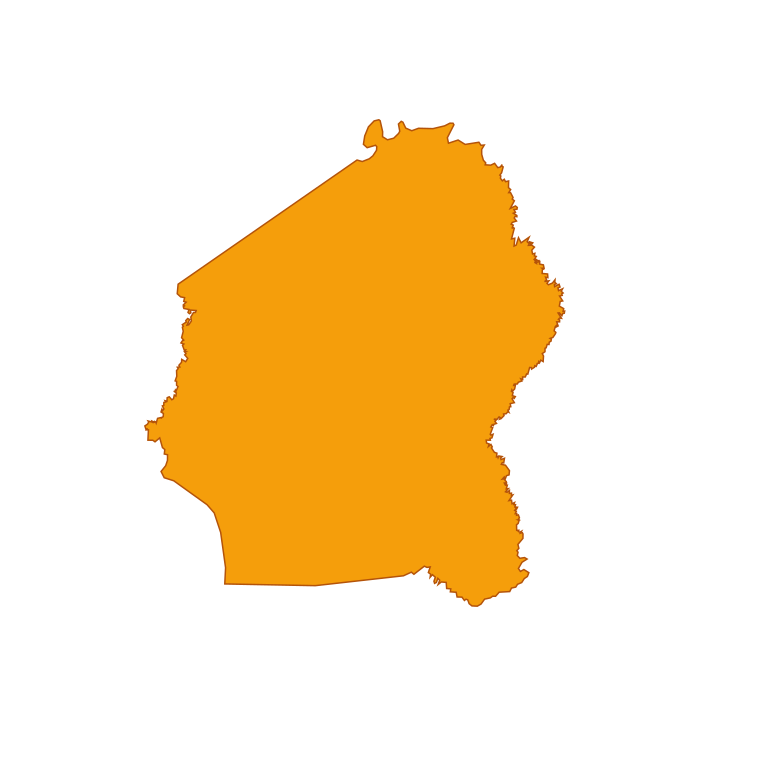 outline of Puerto Rico, Meta, Colombia, rotated 214°
{"feature_id": "7082276B74831898220162", "entity_name": "Puerto Rico", "entity_type": "district", "adm_level": 2, "iso_a3": "COL", "parent_name": "Colombia", "parent_adm1": "Meta", "projection": "natural_earth1", "projection_center": [-73.12, 2.752], "detail": "fine", "context": "isolated", "style": "filled", "palette": "amber", "viewbox_px": 768, "rotation_deg": 214, "n_neighbors": 0, "source": "geoboundaries", "source_scale": "gbopen_adm2", "svg_char_len": 6171}
<svg xmlns="http://www.w3.org/2000/svg" viewBox="0 0 768 768"><g transform="rotate(214 384 384)"><path d="M531.6,554.6L610.5,351.6L605.9,343.2L601.3,342.5L597.6,344.1L596.2,340.5L593.8,341.2L594.6,337.2L593.1,337.2L593.6,335.8L592.1,334.7L587.4,336.7L586.5,333.7L584.6,333.5L583.9,335.0L585.9,337.0L580.8,339.9L580.3,337.9L581.9,336.7L581.6,331.5L578.9,328.5L579.0,323.9L580.2,322.6L581.2,328.8L583.4,328.5L583.8,325.7L582.6,324.8L584.4,320.4L582.6,319.6L582.9,318.3L579.9,315.4L577.7,309.2L573.9,308.2L575.3,307.9L575.3,304.5L572.3,305.2L572.7,303.4L568.7,300.5L567.6,301.3L567.7,300.0L566.3,300.2L567.4,299.2L565.1,298.4L565.5,296.7L561.0,295.5L560.9,291.6L565.5,291.3L564.0,288.8L564.5,284.9L562.8,283.9L564.7,282.3L563.2,281.7L563.5,279.1L560.1,274.5L558.9,269.8L557.4,270.2L555.3,267.0L553.3,266.7L552.5,262.1L553.5,262.4L552.9,261.1L554.3,260.5L551.2,260.5L549.8,257.6L551.7,257.6L550.3,254.1L551.1,252.3L554.9,253.3L556.1,251.4L554.3,248.3L556.2,247.7L554.9,247.0L556.2,245.6L554.6,243.1L555.5,241.9L552.5,240.2L552.7,238.0L554.0,238.8L553.2,236.1L550.4,236.2L548.8,233.5L549.9,230.5L549.9,231.7L552.5,228.9L551.0,224.2L552.1,225.0L553.1,223.8L553.1,225.3L553.7,223.8L555.7,223.5L554.9,222.8L558.9,221.4L557.8,220.9L557.6,218.5L558.8,215.5L556.4,213.6L555.6,214.2L555.5,213.0L553.7,214.3L548.3,205.4L544.2,208.1L541.5,208.0L539.8,213.9L532.1,207.4L529.1,207.1L527.0,203.1L523.9,204.3L520.8,199.6L519.3,194.2L519.9,186.8L513.8,183.4L504.2,186.2L463.2,185.0L452.7,182.2L436.4,169.6L412.6,143.1L404.2,129.2L328.2,178.4L260.6,235.9L256.1,243.3L252.8,243.0L248.7,255.5L245.8,256.0L243.4,258.2L241.8,252.5L239.0,252.4L237.7,249.6L237.2,253.0L233.4,252.5L232.3,248.4L230.6,247.0L229.6,248.8L230.7,253.0L228.1,252.5L227.0,248.1L225.8,251.9L221.5,254.3L217.7,249.5L214.1,251.5L212.8,248.8L207.7,251.7L204.3,248.3L200.2,250.9L196.3,249.5L195.7,251.4L193.9,251.9L190.6,249.5L187.0,249.2L182.4,252.0L180.5,255.8L180.3,261.9L176.2,266.2L175.3,268.8L172.8,270.4L172.1,275.8L163.7,282.2L164.2,286.1L161.2,289.3L161.3,292.6L158.8,296.4L158.9,301.1L157.5,304.6L158.4,308.6L164.3,308.4L166.1,304.9L169.4,306.2L169.9,313.4L167.5,318.9L170.4,318.7L173.9,315.5L177.6,316.3L178.8,319.5L180.7,320.1L180.3,323.2L183.3,325.9L182.5,333.7L184.9,337.4L186.2,338.1L187.5,336.6L187.7,338.7L188.5,337.1L190.2,336.9L190.4,338.1L192.2,336.9L195.4,341.4L194.8,343.4L195.7,346.4L196.9,346.2L196.0,347.0L197.0,347.1L196.9,348.8L199.4,350.6L200.7,349.3L201.5,350.8L202.7,349.9L203.1,352.5L205.0,352.3L204.8,353.7L203.9,353.4L205.2,354.7L204.2,354.9L204.4,356.5L206.8,355.2L207.5,357.5L209.0,356.6L209.5,358.7L210.9,356.3L213.3,359.0L215.2,357.2L215.2,364.0L216.1,362.9L217.3,364.8L218.9,363.4L220.5,365.9L221.4,363.0L223.0,362.6L222.4,366.8L224.0,365.4L225.2,369.1L226.0,368.5L226.8,369.7L227.1,368.2L228.9,369.2L227.2,370.7L228.0,371.4L231.7,372.4L232.7,371.4L232.3,374.2L230.4,373.2L231.2,376.5L229.5,378.6L231.5,382.3L237.9,384.6L241.8,383.0L242.0,385.0L240.6,385.5L242.6,389.8L244.7,386.8L246.0,388.0L245.5,389.9L248.5,388.6L248.2,386.7L249.2,387.5L250.0,386.5L251.7,389.8L254.3,389.1L259.2,391.1L259.1,392.4L261.6,393.7L262.5,390.6L263.3,393.1L265.9,392.4L267.9,394.6L264.4,396.9L265.7,398.1L264.4,399.7L265.5,403.3L266.8,401.4L267.8,401.7L269.5,408.6L271.4,408.1L271.5,410.8L270.1,410.7L270.4,412.0L268.7,414.2L271.1,415.0L270.9,416.6L273.3,416.4L270.5,418.0L270.2,421.1L268.7,421.1L268.5,419.5L267.6,420.7L266.8,424.9L268.1,426.0L266.1,427.7L265.8,430.3L264.7,430.4L266.7,431.6L266.0,432.8L267.2,435.2L266.2,436.1L268.4,438.3L265.5,441.4L269.6,443.4L269.4,444.9L268.0,444.9L268.1,447.0L271.1,446.1L272.3,449.2L274.3,449.2L274.7,450.6L273.5,449.9L272.9,452.9L274.4,456.5L275.7,455.4L276.0,456.7L273.4,458.7L273.7,460.5L271.3,463.7L273.5,464.8L271.6,465.4L273.0,467.3L270.8,468.8L271.4,472.1L270.3,472.6L272.5,479.1L271.1,480.0L270.0,478.9L268.6,482.1L269.2,483.5L267.7,483.7L268.2,486.5L268.9,486.1L267.6,487.5L268.2,489.0L266.9,488.5L267.4,491.4L264.6,491.6L267.4,496.4L269.8,497.7L268.6,500.8L270.5,503.7L269.8,504.7L270.9,508.1L269.3,509.0L270.4,511.1L269.5,512.9L270.3,514.7L271.8,514.7L270.0,517.0L270.0,521.6L270.4,522.9L272.7,523.2L274.1,527.3L273.6,529.9L273.1,527.6L272.1,529.5L275.6,532.1L273.2,533.7L274.2,535.3L275.6,535.2L275.3,536.9L273.6,537.7L279.4,540.2L278.4,541.1L274.7,540.1L275.2,542.4L274.1,543.5L275.0,545.5L276.2,544.4L277.2,547.0L282.2,546.6L284.1,551.0L282.3,552.8L287.7,555.1L285.8,557.1L287.1,558.1L286.4,559.6L288.9,560.0L289.2,562.8L291.5,559.0L293.5,560.9L292.3,562.8L294.6,564.6L297.0,560.1L298.4,561.8L297.2,563.5L299.3,563.9L300.5,566.0L300.8,561.9L303.2,558.2L305.2,558.6L305.0,561.7L308.2,558.7L307.3,561.1L309.8,562.9L307.6,563.8L309.9,566.7L314.7,564.1L316.6,567.2L316.0,568.5L317.6,568.4L316.1,569.6L318.5,571.9L322.1,570.4L323.3,572.6L324.5,571.3L324.6,572.9L326.8,571.5L324.9,569.2L326.8,569.1L327.1,570.6L328.9,571.1L327.9,572.3L329.1,572.1L329.1,574.9L331.0,574.3L332.0,576.7L333.6,574.9L336.3,577.6L335.8,581.6L339.1,581.7L341.8,579.7L342.1,582.5L339.9,581.8L339.6,584.2L343.1,583.2L343.1,581.7L344.9,582.0L345.8,586.8L349.3,577.7L354.3,580.5L352.1,573.1L353.3,571.1L357.1,578.0L359.4,575.6L363.1,586.0L364.8,585.9L364.9,584.4L365.7,588.0L367.9,587.6L368.0,589.7L365.3,593.2L368.9,594.4L369.1,596.2L367.4,597.0L368.1,598.0L372.3,597.9L371.0,599.8L373.9,601.3L371.5,603.2L372.2,604.9L374.6,605.1L377.5,600.2L378.4,608.8L381.1,609.0L381.3,610.8L386.1,613.4L387.6,612.4L387.7,616.0L390.6,616.4L394.2,622.0L396.4,619.7L398.8,621.0L399.5,618.6L402.6,619.7L403.5,621.8L404.8,621.9L404.6,624.8L406.6,630.6L408.1,630.4L408.8,631.9L408.9,628.9L410.7,627.0L415.7,628.8L417.9,625.1L422.7,622.3L423.3,624.2L426.8,625.1L431.4,629.0L434.2,633.1L434.5,638.2L437.1,636.1L440.5,637.5L450.7,628.0L459.0,627.7L465.2,619.7L469.2,623.6L471.0,638.0L472.6,638.8L475.2,637.1L478.1,631.9L486.2,623.1L498.4,615.3L502.6,609.5L509.1,608.3L514.7,611.6L516.6,611.4L517.4,607.6L512.3,602.4L512.0,600.0L513.4,593.2L517.7,588.4L523.5,588.2L526.2,592.4L534.4,600.1L536.0,600.2L539.3,596.6L540.7,588.5L538.7,578.9L535.1,571.2L530.1,570.5L524.5,577.2L522.7,576.7L520.9,573.6L520.8,566.9L522.2,562.4L526.4,556.3L531.6,554.6Z" fill="#f59e0b" stroke="#b45309" stroke-width="1.5"/></g></svg>